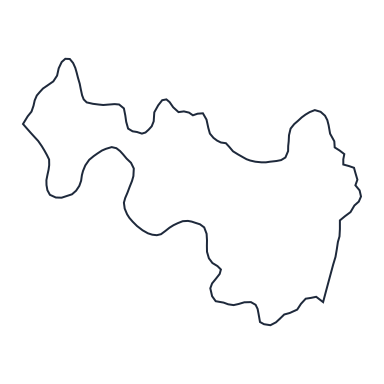 Celso Ramos, Santa Catarina, Brazil
{"feature_id": "56859067B63950951197132", "entity_name": "Celso Ramos", "entity_type": "district", "adm_level": 2, "iso_a3": "BRA", "parent_name": "Brazil", "parent_adm1": "Santa Catarina", "projection": "natural_earth1", "projection_center": [-51.328, -27.652], "detail": "fine", "context": "isolated", "style": "outline", "palette": "slate", "viewbox_px": 384, "rotation_deg": 0, "n_neighbors": 0, "source": "geoboundaries", "source_scale": "gbopen_adm2", "svg_char_len": 2611}
<svg xmlns="http://www.w3.org/2000/svg" viewBox="0 0 384 384"><path d="M334.3,141.3L330.1,133.7L328.6,125.2L327.3,120.1L325.0,115.7L320.6,111.8L314.8,110.1L309.7,112.1L305.5,114.6L301.7,117.4L297.8,121.0L294.2,124.1L290.6,128.6L289.0,135.2L288.7,141.3L288.2,146.0L288.1,151.1L285.4,157.5L281.1,160.1L276.5,161.0L270.1,161.7L266.1,162.3L261.2,162.3L255.3,161.7L250.1,160.5L246.5,159.2L243.1,157.3L238.0,154.4L233.0,151.3L229.2,146.8L225.9,143.2L220.9,142.5L217.1,140.6L213.5,137.9L209.9,133.6L208.3,127.9L206.5,119.6L202.9,113.3L197.6,113.7L192.9,115.3L189.0,112.6L183.9,111.4L178.5,112.1L173.2,107.3L169.6,102.1L166.4,99.4L162.2,100.2L158.2,105.3L154.3,112.3L153.7,121.3L151.7,126.3L148.7,129.6L145.5,132.5L141.9,133.6L137.0,132.0L132.6,131.3L128.1,128.6L126.2,121.8L125.3,115.5L123.9,108.4L119.1,104.5L114.6,104.1L109.5,104.5L103.2,105.0L98.4,104.5L92.9,103.8L86.7,102.4L83.7,99.4L82.1,95.3L80.8,89.3L79.7,83.7L77.9,77.5L76.6,72.4L75.3,67.9L73.1,63.0L69.8,59.0L65.3,58.8L61.7,62.0L58.7,68.3L57.1,75.6L53.3,81.4L48.4,84.8L43.0,88.5L39.7,92.1L36.8,95.5L34.7,100.4L33.5,105.8L31.5,111.6L27.7,116.3L23.0,124.0L27.0,128.6L30.7,132.8L34.8,137.3L38.2,141.0L41.8,146.2L44.4,150.5L46.9,155.0L49.1,159.5L49.2,165.1L48.6,169.6L47.4,175.1L46.4,180.2L46.5,185.1L47.4,190.2L49.9,194.8L55.8,197.5L61.6,197.7L72.0,194.3L76.1,190.7L79.3,185.9L81.1,180.8L81.9,175.2L83.0,171.0L85.3,165.4L89.2,159.8L93.7,156.1L97.4,153.5L102.0,150.5L106.0,148.8L111.7,147.1L116.4,148.2L120.1,151.1L123.1,154.4L126.6,158.6L131.0,162.8L133.8,168.5L133.4,176.1L132.0,181.0L129.6,187.0L127.5,192.6L125.2,198.0L123.9,202.7L124.7,208.6L127.1,214.3L129.4,217.9L132.6,221.6L137.0,226.0L142.6,230.3L147.9,233.3L152.3,234.7L156.8,235.2L161.0,234.2L165.2,231.1L169.5,227.7L173.5,225.2L177.7,223.2L182.7,221.2L187.9,220.9L191.7,221.6L195.6,222.9L200.0,224.3L204.2,227.4L206.6,233.8L207.0,240.3L206.9,245.7L207.0,251.8L208.9,258.3L212.4,263.0L217.5,266.1L220.9,269.5L219.7,273.9L216.1,278.5L212.1,283.4L210.3,288.3L212.1,296.2L215.7,301.2L223.6,302.6L228.2,304.3L233.6,305.1L238.6,304.0L244.3,302.3L250.9,302.1L255.6,304.8L257.6,308.9L258.6,314.1L260.0,322.0L264.0,324.2L270.4,325.2L276.0,322.3L280.5,318.1L284.2,314.5L289.7,313.0L297.2,309.6L301.0,303.8L305.7,298.7L310.9,297.9L316.2,296.8L323.1,302.1L325.7,292.3L333.2,264.5L335.5,256.9L336.8,249.3L337.9,242.0L339.5,236.4L339.9,229.1L339.9,220.4L345.0,216.2L350.5,212.1L354.4,205.5L358.8,201.6L361.0,196.5L359.6,190.4L355.4,185.3L357.4,179.7L355.2,172.2L354.0,167.8L349.1,166.1L343.3,164.5L343.3,159.3L344.3,154.1L339.6,150.5L334.7,147.4L334.3,141.3Z" fill="none" stroke="#1e293b" stroke-width="2"/></svg>